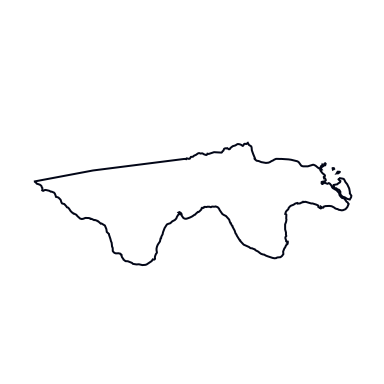 South Vella la Vella, Western, Solomon Islands, rotated 301°
{"feature_id": "97153195B32598831162283", "entity_name": "South Vella la Vella", "entity_type": "district", "adm_level": 2, "iso_a3": "SLB", "parent_name": "Solomon Islands", "parent_adm1": "Western", "projection": "robinson", "projection_center": [156.664, -7.876], "detail": "fine", "context": "isolated", "style": "outline", "palette": "ink", "viewbox_px": 384, "rotation_deg": 301, "n_neighbors": 0, "source": "geoboundaries", "source_scale": "gbopen_adm2", "svg_char_len": 6118}
<svg xmlns="http://www.w3.org/2000/svg" viewBox="0 0 384 384"><g transform="rotate(301 192 192)"><path d="M119.5,51.1L119.8,51.5L119.8,52.6L119.6,53.7L119.2,54.6L119.9,57.8L119.7,59.6L118.3,61.4L118.3,61.7L116.7,62.7L116.3,62.7L116.2,63.2L116.4,63.9L118.1,65.0L118.6,66.1L119.5,68.9L119.6,70.9L120.0,71.4L120.4,74.1L120.0,75.2L118.5,77.2L117.8,77.8L118.3,79.6L118.4,80.5L117.7,83.3L115.8,85.5L115.3,86.5L115.9,88.8L115.0,91.7L114.5,92.6L114.8,93.9L114.4,95.2L113.1,97.9L112.6,100.1L112.7,100.5L112.4,101.6L112.7,101.9L112.9,104.6L112.3,106.2L111.6,109.8L112.1,111.5L113.2,112.7L114.9,114.0L116.6,117.1L116.9,118.4L117.0,118.8L116.7,119.0L117.3,120.2L117.5,122.6L117.8,122.8L118.1,123.5L118.5,125.5L118.3,126.0L118.6,126.5L117.9,130.1L118.3,130.4L118.4,131.1L118.4,134.6L116.1,137.7L113.9,139.5L113.2,142.5L112.6,142.9L109.7,146.3L108.0,148.0L107.2,149.2L103.9,151.7L103.6,152.4L102.8,153.1L100.6,154.5L100.0,156.0L99.9,157.1L100.2,158.4L101.6,160.5L102.2,162.3L101.9,163.6L101.6,163.5L101.3,164.4L100.7,164.8L100.0,165.7L99.2,167.7L98.8,168.0L98.5,170.6L99.6,172.7L100.3,177.0L100.0,178.4L101.3,181.7L102.7,183.7L103.8,187.1L105.5,189.5L106.5,190.4L112.0,193.0L114.1,193.1L114.4,194.2L114.9,194.6L115.7,194.7L117.1,193.7L118.1,193.4L120.2,193.0L121.2,193.2L122.2,193.0L123.8,191.6L125.3,190.7L127.2,190.1L129.3,189.8L133.1,190.0L135.9,189.0L136.1,189.3L136.5,189.3L138.0,188.7L140.6,188.6L142.5,187.9L146.9,187.1L151.2,187.2L152.3,187.9L154.1,189.5L156.7,190.2L159.1,191.7L161.2,192.2L162.7,191.9L165.1,191.9L166.6,192.5L167.2,193.8L167.5,193.8L167.2,191.8L167.4,191.0L168.3,191.6L168.3,193.1L167.8,194.2L167.6,194.6L166.9,194.7L166.7,194.9L165.4,197.7L165.3,198.3L165.4,199.4L165.9,200.6L166.9,201.6L169.1,203.4L171.3,204.8L173.6,205.8L174.3,206.4L175.0,206.4L177.9,207.3L178.1,207.8L179.1,208.3L181.0,208.8L181.8,209.0L183.1,208.6L183.7,208.8L183.8,209.4L184.2,209.9L184.7,210.2L185.3,210.1L185.8,210.5L186.6,212.2L187.3,212.8L188.3,214.5L188.7,216.0L189.8,216.7L191.2,219.2L191.8,219.7L192.2,221.8L191.7,223.6L190.7,225.1L188.8,229.3L188.7,230.9L188.9,233.5L187.5,238.0L185.7,240.1L185.3,241.3L184.9,241.4L184.9,241.8L184.0,243.1L183.6,244.4L183.2,244.5L180.9,248.4L178.9,250.7L178.5,251.9L177.8,252.7L175.7,256.8L175.4,258.1L175.0,258.1L173.5,263.4L174.2,269.2L174.0,271.0L174.8,272.9L174.8,273.7L175.2,275.4L174.8,276.3L175.0,279.5L174.7,281.4L174.6,283.2L175.1,285.3L175.5,286.1L175.5,287.9L175.8,289.7L177.0,295.0L177.7,296.9L178.7,298.2L179.5,298.6L180.1,299.2L181.7,301.4L183.5,302.1L185.8,302.3L187.9,300.8L191.2,300.2L192.4,300.4L194.2,300.1L195.0,300.3L195.9,300.0L196.5,300.6L196.9,300.6L198.6,299.9L198.8,299.6L198.6,299.4L197.9,299.6L198.3,298.0L198.9,297.7L200.3,296.0L201.0,295.5L202.0,295.3L202.7,295.5L203.2,295.2L203.8,294.5L205.7,293.4L207.9,291.1L212.2,288.5L214.9,288.0L217.1,287.1L217.8,286.4L221.1,284.6L221.5,283.7L221.3,283.2L223.2,282.7L224.8,282.8L226.7,283.4L227.9,283.1L229.7,283.3L231.1,283.8L233.4,285.6L235.0,286.3L235.9,287.0L236.8,287.9L236.5,288.7L237.2,289.4L237.7,290.3L238.5,290.9L239.4,291.3L240.2,292.2L240.7,292.2L240.8,292.7L241.2,292.9L241.5,293.8L242.1,294.4L243.6,300.2L244.3,301.3L245.2,305.1L245.4,307.0L244.9,308.0L244.6,308.2L244.3,308.1L244.1,309.8L244.4,310.2L244.3,310.9L244.8,311.1L245.8,310.3L245.8,310.6L245.5,311.3L246.0,312.4L246.4,312.6L247.2,312.4L248.6,313.6L250.8,316.9L251.6,318.7L251.8,319.7L251.9,322.3L251.7,323.1L251.9,324.4L252.4,325.7L252.3,326.7L252.8,328.1L253.4,329.8L254.2,330.8L256.3,332.4L258.9,332.9L262.2,332.5L262.5,332.3L262.4,331.9L263.2,330.9L263.3,329.5L264.9,325.7L264.2,323.7L264.5,322.2L265.2,320.3L266.8,318.6L267.1,318.0L267.4,316.8L267.9,315.2L268.1,315.2L268.1,313.9L267.9,313.8L267.9,310.5L268.4,309.4L269.3,308.2L270.1,306.0L270.1,304.7L268.9,304.0L268.5,302.6L268.5,301.5L268.2,300.9L267.4,300.5L266.9,299.9L266.1,299.8L265.9,299.5L266.2,298.6L267.4,298.0L267.8,298.3L269.6,300.3L270.4,300.6L271.1,300.6L272.1,299.3L272.2,298.8L271.7,298.3L272.2,297.7L272.7,297.2L272.9,297.2L273.1,297.6L273.6,297.7L274.1,297.7L274.7,297.4L275.1,296.2L275.2,294.7L275.7,293.1L276.6,291.0L277.0,290.6L277.4,290.4L277.5,291.2L277.9,291.6L278.0,291.3L277.8,290.5L278.3,290.2L280.8,290.6L281.6,291.1L282.1,290.7L282.5,289.6L281.5,289.8L280.4,289.2L279.6,289.6L279.1,289.6L277.7,288.9L277.7,287.7L278.2,284.3L278.0,282.4L277.7,281.7L273.7,278.1L271.3,274.2L270.9,272.9L270.9,271.9L272.5,268.2L272.6,267.0L272.5,266.2L270.7,260.4L269.7,258.0L266.5,251.8L263.7,247.0L262.2,245.9L260.6,245.1L259.4,244.2L257.8,243.4L256.5,242.4L255.0,240.4L253.3,236.0L252.9,233.3L252.1,231.2L252.5,228.8L252.9,228.4L253.3,228.6L256.2,224.7L258.6,221.8L260.8,220.2L261.6,219.3L261.7,216.5L262.9,214.5L262.5,214.3L261.8,214.4L261.0,213.7L260.6,212.5L260.0,212.0L258.5,212.0L257.7,211.8L257.6,211.2L257.8,210.3L257.5,208.4L256.8,206.7L256.3,206.2L254.3,205.2L252.2,203.3L249.6,202.3L248.4,202.3L247.7,201.8L247.6,201.5L247.7,199.5L247.0,199.0L246.8,198.3L246.0,197.5L245.5,197.3L243.6,197.6L242.6,197.2L241.4,197.2L240.9,196.9L237.5,190.4L233.2,186.7L232.8,185.5L231.8,185.6L231.0,185.1L230.5,183.0L230.5,181.1L230.1,180.4L229.4,179.6L229.1,178.3L228.7,177.7L227.9,177.1L226.1,176.4L224.1,175.0L222.7,174.6L221.5,173.0L219.4,172.9L218.8,172.2L218.1,170.1L217.7,169.9L217.2,170.1L216.4,168.4L159.5,96.1L119.5,51.1ZM281.2,314.7L280.0,311.6L279.1,311.5L278.7,311.1L278.3,311.1L277.9,312.4L277.9,313.4L277.3,313.8L276.4,313.8L274.5,312.8L273.5,312.6L271.0,309.8L270.3,310.1L269.0,312.0L269.1,313.3L269.5,313.9L269.3,314.4L269.3,315.8L269.6,316.8L269.3,317.9L268.6,318.8L268.6,319.0L266.7,320.2L266.3,320.8L265.8,322.3L265.6,323.8L266.1,325.6L266.1,328.6L266.8,331.1L269.4,331.1L270.9,330.5L272.1,328.0L273.2,327.4L276.0,324.9L278.6,321.0L279.5,318.5L281.2,315.8L281.2,314.7ZM285.3,308.3L285.2,307.7L284.4,306.4L282.9,306.4L283.3,306.7L283.2,307.1L282.9,307.1L283.3,307.7L284.9,308.4L285.3,308.3ZM285.2,291.3L284.3,290.9L283.2,291.5L282.6,291.4L283.5,292.4L284.3,292.3L284.5,292.0L285.1,291.9L285.2,291.3ZM285.5,301.2L285.1,300.6L284.9,300.9L284.4,300.6L283.8,301.2L284.4,301.5L284.5,301.8L285.0,302.0L285.5,301.2Z" fill="none" stroke="#020617" stroke-width="2"/></g></svg>